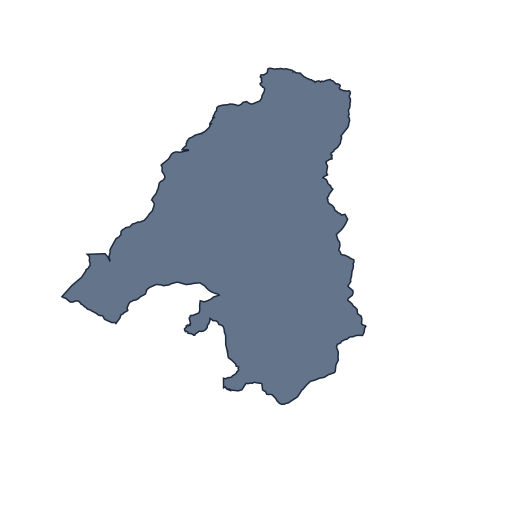 outline of Brosteni, Suceava, Romania, rotated 321°
{"feature_id": "2599482B22592859602374", "entity_name": "Brosteni", "entity_type": "district", "adm_level": 2, "iso_a3": "ROU", "parent_name": "Romania", "parent_adm1": "Suceava", "projection": "natural_earth1", "projection_center": [25.615, 47.201], "detail": "fine", "context": "isolated", "style": "filled", "palette": "slate", "viewbox_px": 512, "rotation_deg": 321, "n_neighbors": 0, "source": "geoboundaries", "source_scale": "gbopen_adm2", "svg_char_len": 6146}
<svg xmlns="http://www.w3.org/2000/svg" viewBox="0 0 512 512"><g transform="rotate(321 256 256)"><path d="M297.2,379.7L297.0,378.7L295.7,377.2L295.4,375.0L298.6,371.7L299.7,369.3L299.8,368.3L298.9,366.2L298.8,364.3L301.0,361.2L300.8,358.4L300.1,356.1L300.5,353.8L300.2,351.1L299.4,348.2L300.0,347.5L301.2,347.1L306.0,347.1L308.3,345.7L309.5,343.9L308.3,337.3L313.6,335.5L314.4,334.0L317.3,332.0L321.1,328.2L323.4,326.9L325.7,324.8L326.5,323.2L328.0,322.6L329.5,320.9L329.5,320.2L327.6,316.7L327.8,316.2L326.8,313.8L325.3,310.9L324.1,309.9L323.1,308.1L323.9,306.3L324.1,303.4L327.7,300.9L329.7,297.8L329.9,294.8L331.9,289.9L339.2,289.3L342.1,288.6L345.7,287.4L350.4,285.1L351.4,279.6L348.1,277.9L348.1,276.2L346.7,273.4L346.9,272.3L346.2,270.9L346.3,269.4L347.1,268.0L347.1,264.9L346.5,262.8L345.9,261.7L345.8,260.0L346.7,258.0L347.6,257.1L347.4,256.2L347.7,255.9L348.7,255.3L349.7,255.3L351.5,254.1L357.8,252.4L357.5,250.1L358.3,248.0L357.7,247.4L357.5,244.6L358.3,243.2L358.7,240.7L357.3,237.2L359.4,237.2L362.6,238.0L363.0,237.5L362.6,236.7L363.5,235.3L368.1,231.3L369.0,227.7L369.3,227.8L369.9,226.8L374.0,227.3L376.2,228.4L376.5,228.0L376.2,227.4L376.4,227.1L376.9,227.2L378.3,225.7L378.2,225.6L378.5,225.3L378.0,224.9L378.2,224.1L379.1,223.3L382.3,223.5L383.3,222.8L387.7,222.9L392.3,221.6L395.0,219.2L396.0,218.9L397.5,217.2L397.2,216.6L397.6,216.1L408.0,213.9L410.2,212.8L411.3,211.5L414.1,209.6L415.4,207.3L415.4,205.8L415.9,205.2L417.3,204.8L419.5,201.0L422.1,199.7L424.2,197.8L424.9,196.5L426.4,195.6L428.4,193.0L428.3,191.6L429.4,190.2L431.3,189.3L432.3,188.2L432.5,186.5L431.8,185.7L430.5,185.3L429.0,183.3L428.1,182.7L426.2,179.0L426.5,177.8L428.6,176.7L428.8,175.8L428.0,173.7L426.5,172.7L425.9,168.1L424.9,167.0L424.8,165.5L421.1,163.7L418.1,162.9L417.4,161.6L415.6,161.4L415.7,160.4L414.9,159.4L412.8,158.3L411.1,158.2L411.3,156.9L410.3,155.4L410.0,153.9L408.9,153.0L408.4,151.5L407.2,149.8L406.9,148.4L406.2,147.2L405.6,143.4L405.6,141.9L402.5,139.0L401.7,136.5L401.3,136.1L400.7,136.1L401.2,135.3L401.0,134.5L397.1,129.3L395.3,128.3L392.9,125.5L391.2,124.7L389.6,123.3L388.5,123.0L385.6,119.4L384.6,118.6L383.2,118.1L382.7,118.4L380.0,120.6L377.0,120.3L375.5,119.8L373.9,118.4L372.3,119.2L371.9,120.0L372.4,121.3L370.9,122.5L369.9,124.7L367.8,124.5L367.1,125.8L367.6,127.7L367.4,129.0L368.1,129.9L367.9,131.5L365.9,133.3L361.5,135.2L359.7,136.9L356.5,137.9L349.0,135.6L347.6,134.6L346.4,132.0L346.0,130.1L342.6,128.4L340.0,128.8L337.9,128.4L336.7,127.7L334.0,123.9L331.3,121.4L329.1,120.6L325.3,117.9L321.2,116.0L318.9,116.1L316.4,118.4L315.0,118.4L312.2,120.0L311.1,120.2L310.9,121.1L309.9,121.1L310.4,122.1L309.1,121.7L308.6,122.3L304.1,123.8L303.5,124.1L304.2,125.1L302.8,124.7L302.0,126.2L300.0,126.7L293.7,127.1L293.1,126.6L291.4,126.4L290.8,126.9L290.5,126.2L284.6,123.7L281.3,123.5L278.2,122.5L274.6,123.4L273.8,124.2L272.5,124.7L271.6,126.2L267.1,126.4L265.3,126.9L266.1,127.8L269.5,130.0L270.2,130.8L269.9,131.4L262.2,127.6L260.3,125.6L258.7,124.4L256.5,123.7L254.5,123.6L249.1,125.6L239.6,125.6L239.3,126.0L239.1,127.8L236.1,131.2L235.9,134.6L235.3,136.6L234.2,138.0L231.1,138.7L229.0,138.1L226.6,138.5L221.8,142.5L220.7,142.7L218.3,144.4L212.4,145.8L210.1,146.8L210.3,147.9L209.9,151.1L208.9,152.4L203.8,155.7L199.6,156.2L196.9,157.1L191.7,158.0L186.6,156.4L185.8,155.3L182.1,154.4L180.4,153.4L176.1,153.9L172.7,152.0L170.7,152.0L169.1,151.6L166.7,151.9L164.5,154.3L161.3,155.0L158.3,154.4L147.7,158.7L146.1,159.6L145.1,161.3L141.4,163.9L140.4,165.6L139.8,167.6L139.3,167.7L140.2,163.6L140.1,159.2L125.9,148.5L126.2,150.8L125.8,152.4L123.5,154.7L122.6,157.0L120.9,159.1L119.8,159.1L118.2,159.9L115.2,159.7L114.0,160.6L107.0,162.8L94.1,163.1L79.5,165.5L80.6,167.9L81.5,168.9L82.6,174.8L84.8,176.6L87.0,177.2L89.5,179.0L90.0,181.2L89.8,183.3L90.5,184.7L90.8,187.5L91.6,189.6L91.5,191.1L93.5,194.1L93.9,196.0L94.7,197.2L95.1,198.8L95.8,199.9L96.2,202.4L97.4,204.3L99.0,205.5L99.1,207.4L98.5,209.1L98.7,210.4L102.1,217.1L104.6,219.0L104.6,220.3L111.1,218.6L114.1,216.7L116.4,217.3L117.5,217.0L121.8,217.7L122.3,217.4L122.9,215.4L126.4,213.4L129.0,212.5L133.1,213.5L134.9,214.6L137.5,215.1L140.8,214.9L146.0,216.0L150.2,213.4L153.6,213.5L160.6,215.4L164.3,219.0L165.3,220.8L170.3,223.8L172.0,223.9L177.5,226.3L178.8,227.2L183.8,234.3L187.9,236.9L190.3,238.0L195.5,241.5L197.3,246.8L197.6,251.7L198.1,253.7L198.9,256.0L201.0,259.8L202.5,261.5L202.7,263.2L197.0,261.1L193.9,261.2L189.9,260.2L186.9,259.0L184.5,255.7L181.4,258.6L177.9,263.0L175.7,264.3L169.6,262.4L167.6,261.0L166.6,261.8L165.2,262.1L164.6,262.8L162.8,267.2L161.5,267.2L161.4,268.3L159.9,267.9L159.9,267.1L159.4,266.5L157.7,266.5L157.8,267.3L154.4,267.7L153.7,269.3L153.7,270.6L154.5,270.8L155.1,272.2L154.5,273.3L156.8,275.6L157.7,277.6L157.6,278.3L158.6,279.0L160.2,278.4L163.2,278.7L164.3,278.5L166.0,280.2L168.0,281.3L170.7,281.5L173.0,281.0L174.3,279.5L177.0,278.7L179.6,277.1L180.9,275.5L181.3,276.0L181.8,279.0L184.3,281.5L184.6,282.7L184.6,284.1L184.0,285.8L185.5,287.7L186.0,289.5L185.9,291.0L185.2,292.7L183.3,295.7L182.7,297.9L181.8,299.4L176.7,305.8L173.9,311.6L174.2,312.1L173.5,312.3L170.5,317.7L171.6,321.6L172.1,326.1L172.1,327.7L171.2,329.1L172.5,330.7L172.6,331.5L171.4,332.1L170.8,333.6L170.1,333.9L168.3,333.9L167.2,334.6L165.8,334.8L162.2,334.3L160.8,334.7L158.6,333.7L158.2,333.1L154.9,332.1L153.8,330.5L148.1,337.7L148.5,337.6L148.6,338.2L149.7,338.4L149.5,339.9L149.8,340.5L149.6,341.1L150.8,342.1L150.1,342.1L151.3,344.2L151.6,343.2L152.6,344.8L157.3,349.6L160.9,351.1L168.1,348.7L169.6,350.3L171.3,350.9L173.1,352.7L175.1,352.9L177.1,355.4L179.9,358.3L180.1,359.1L176.8,364.2L178.1,367.7L177.3,370.1L178.3,371.3L180.4,372.8L181.1,373.9L181.7,378.9L181.2,381.8L181.4,384.9L182.5,387.3L184.7,389.0L186.4,389.3L188.5,390.5L199.6,391.6L207.5,389.0L208.9,389.1L213.7,388.1L219.3,387.6L223.8,389.6L228.4,390.9L232.8,393.3L237.5,393.8L243.6,396.0L245.0,395.5L249.5,391.0L254.5,388.7L255.9,386.4L259.5,382.5L261.2,377.4L263.5,375.9L267.2,376.8L269.2,376.0L270.6,376.7L272.3,376.8L274.2,377.9L278.0,377.9L280.2,379.6L284.4,381.1L288.8,384.8L291.8,383.4L294.9,380.6L297.2,379.7Z" fill="#64748b" stroke="#1e293b" stroke-width="1.5"/></g></svg>